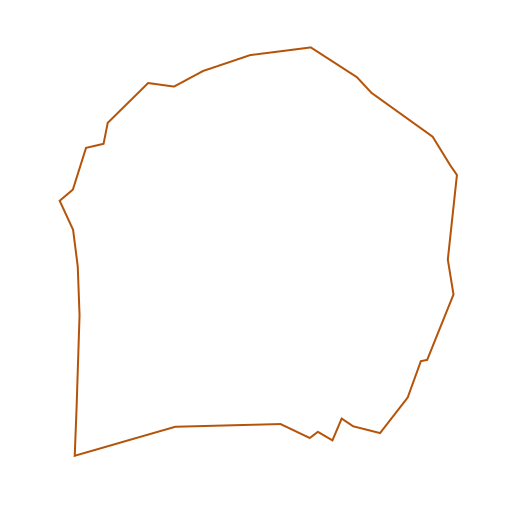 Warren, Tennessee, United States of America (Robinson projection), rotated 94°
{"feature_id": "52423323B22334465624474", "entity_name": "Warren", "entity_type": "district", "adm_level": 2, "iso_a3": "USA", "parent_name": "United States of America", "parent_adm1": "Tennessee", "projection": "robinson", "projection_center": [-85.78, 35.677], "detail": "fine", "context": "isolated", "style": "outline", "palette": "amber", "viewbox_px": 512, "rotation_deg": 94, "n_neighbors": 0, "source": "geoboundaries", "source_scale": "gbopen_adm2", "svg_char_len": 557}
<svg xmlns="http://www.w3.org/2000/svg" viewBox="0 0 512 512"><g transform="rotate(94 256 256)"><path d="M56.0,275.9L75.1,321.7L92.7,349.6L91.0,375.7L133.5,413.2L154.7,415.9L160.0,433.1L202.5,443.3L214.6,455.7L242.6,440.3L278.8,433.1L327.4,427.9L419.9,424.4L467.9,422.9L432.0,324.7L421.9,219.9L433.8,189.7L427.1,182.0L434.6,166.9L412.2,159.2L419.1,147.2L424.0,119.9L386.6,94.8L349.4,84.2L347.7,78.0L280.6,56.3L246.2,64.4L161.2,61.2L152.3,68.3L124.7,88.1L85.2,152.2L70.6,167.8L44.1,215.9L56.0,275.9Z" fill="none" stroke="#b45309" stroke-width="2"/></g></svg>